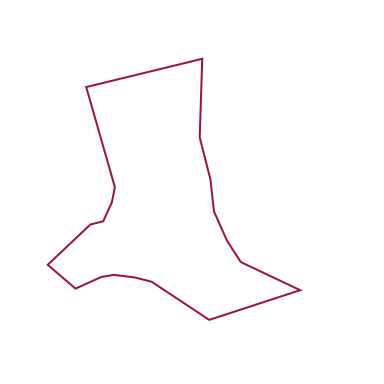 the border of Sveti Andraž v Slovenskih Goricah, rotated 289°
{"feature_id": "SVN-268", "entity_name": "Sveti Andraž v Slovenskih Goricah", "entity_type": "Municipality", "adm_level": 1, "iso_a3": "SVN", "parent_name": "Slovenia", "parent_adm1": "", "projection": "mercator", "projection_center": [15.95, 46.517], "detail": "fine", "context": "isolated", "style": "outline", "palette": "rose", "viewbox_px": 384, "rotation_deg": 289, "n_neighbors": 0, "source": "natural_earth", "source_scale": "10m", "svg_char_len": 396}
<svg xmlns="http://www.w3.org/2000/svg" viewBox="0 0 384 384"><g transform="rotate(289 192 192)"><path d="M62.7,113.3L76.2,79.3L128.2,106.5L135.4,117.6L156.1,119.6L171.5,117.5L256.8,57.8L321.3,158.3L246.2,181.5L209.6,205.5L180.8,219.1L157.5,240.8L141.6,261.0L134.4,326.2L76.7,249.9L94.0,183.0L92.6,166.0L88.2,145.0L82.0,133.8L62.7,113.3Z" fill="none" stroke="#9f1239" stroke-width="2"/></g></svg>